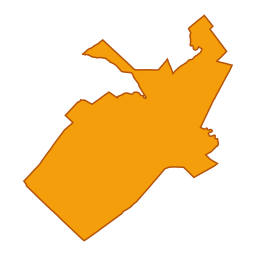 Bulbucata, Giurgiu, Romania
{"feature_id": "2599482B12854279400652", "entity_name": "Bulbucata", "entity_type": "district", "adm_level": 2, "iso_a3": "ROU", "parent_name": "Romania", "parent_adm1": "Giurgiu", "projection": "mercator", "projection_center": [25.811, 44.28], "detail": "fine", "context": "isolated", "style": "filled", "palette": "amber", "viewbox_px": 256, "rotation_deg": 0, "n_neighbors": 0, "source": "geoboundaries", "source_scale": "gbopen_adm2", "svg_char_len": 5580}
<svg xmlns="http://www.w3.org/2000/svg" viewBox="0 0 256 256"><path d="M65.3,115.4L72.9,122.6L64.2,130.3L61.9,133.5L53.8,144.3L50.7,148.9L45.7,155.6L43.8,158.3L42.9,159.6L42.4,160.1L40.8,162.7L40.0,163.8L38.5,165.6L36.9,167.3L35.4,168.8L33.4,170.9L31.2,173.4L30.3,174.4L28.2,176.5L24.3,180.7L24.0,180.9L23.9,181.1L24.3,181.7L25.2,182.9L26.4,184.6L26.4,184.8L26.4,185.8L26.5,185.9L28.0,187.4L30.9,190.2L33.9,193.1L36.5,195.7L40.1,199.2L41.9,200.9L46.5,205.3L50.4,209.0L53.2,211.5L56.0,214.1L57.6,215.6L61.1,219.2L82.4,239.3L82.7,239.6L84.0,240.5L84.3,240.6L85.2,240.0L86.9,238.9L92.2,235.1L98.7,230.5L101.7,228.2L114.1,219.2L119.3,215.4L119.5,215.2L121.1,214.2L123.9,211.0L124.4,210.7L125.6,210.1L126.9,209.4L127.4,209.1L128.0,208.7L129.3,207.8L130.1,207.5L130.6,207.0L133.1,204.4L133.9,203.7L135.9,202.2L136.4,201.8L137.3,200.8L140.9,196.6L150.9,185.2L154.4,181.0L155.9,179.4L164.8,168.8L168.8,167.3L173.3,166.9L178.9,167.1L179.0,167.1L183.4,167.3L183.6,167.4L183.8,167.4L183.9,167.5L184.0,167.6L193.9,177.4L200.0,174.0L213.8,166.3L217.5,163.5L213.3,161.2L209.8,159.0L205.7,154.8L210.0,152.3L210.2,152.2L210.4,152.3L211.2,151.6L216.8,146.1L217.2,146.1L217.6,145.7L218.2,144.8L218.4,144.0L217.5,138.7L216.9,138.9L215.8,138.7L215.1,138.3L214.8,137.9L214.8,137.4L215.1,136.7L215.3,136.0L215.1,135.6L214.9,135.3L214.5,135.2L214.1,135.2L213.3,135.5L211.2,136.2L210.5,136.3L210.0,136.3L209.7,135.8L209.0,134.8L208.5,134.0L208.4,133.2L208.9,132.5L209.5,132.4L210.5,132.4L211.4,132.0L212.1,131.4L212.3,130.8L212.0,130.3L211.4,129.8L210.7,129.5L209.9,129.5L209.0,130.0L208.3,130.1L207.8,129.8L207.5,129.3L207.3,128.5L206.9,128.2L206.7,128.1L206.4,128.2L206.0,128.5L205.4,129.0L204.7,129.1L203.9,128.9L202.6,128.5L200.5,127.4L200.7,127.1L213.8,99.5L213.9,99.4L214.3,99.1L216.4,95.0L218.7,90.8L224.0,80.8L227.2,74.9L229.2,71.4L232.0,65.5L232.1,65.2L230.8,64.9L226.1,63.6L221.9,62.6L219.2,61.9L216.8,61.3L216.8,61.1L217.2,60.8L218.2,59.8L220.7,57.4L222.1,56.0L222.7,55.4L224.5,53.6L225.3,52.8L225.4,52.7L226.3,51.7L226.6,51.4L209.9,29.1L212.9,26.3L212.8,26.1L210.4,23.1L206.3,17.9L204.7,16.0L204.3,15.4L203.2,16.4L202.8,16.8L202.2,17.2L201.5,17.7L200.1,18.8L199.6,19.2L198.3,20.2L188.6,28.3L188.7,28.8L188.9,29.4L189.0,29.7L189.2,30.0L189.7,30.8L190.2,31.5L190.4,32.0L190.6,32.4L190.7,32.9L190.6,33.3L190.3,34.3L190.1,34.9L190.0,35.5L189.9,36.1L189.9,36.3L190.0,36.6L190.1,37.0L190.3,37.5L190.4,38.1L190.4,38.5L190.5,38.7L190.5,39.0L190.5,39.5L190.5,40.0L190.6,41.6L190.6,42.3L190.6,42.8L190.5,43.4L190.3,43.9L190.2,44.5L190.2,44.9L190.2,45.1L190.3,45.4L190.7,45.8L191.1,46.0L191.3,46.0L191.8,45.5L192.0,45.3L192.7,45.9L193.0,46.3L193.2,47.0L193.3,47.7L193.3,48.2L193.4,48.7L193.5,48.9L193.6,49.1L193.9,49.4L194.8,49.9L195.0,50.0L195.4,50.1L195.7,50.0L196.3,49.7L197.2,49.2L197.6,48.9L197.8,48.4L198.2,47.4L198.5,46.9L201.9,48.8L201.9,49.1L201.9,49.4L201.7,49.7L201.3,50.7L201.1,51.1L201.0,51.4L201.0,51.8L200.9,51.9L200.6,52.4L199.9,53.0L199.3,53.3L198.5,54.0L197.6,54.7L196.9,55.5L196.3,55.7L195.7,56.0L195.2,56.2L194.4,57.0L193.7,58.0L193.1,58.6L192.8,58.9L191.9,59.4L191.1,59.7L190.5,59.6L190.2,59.7L189.3,59.9L188.7,60.2L188.5,60.4L187.8,61.0L186.6,62.4L186.0,62.9L185.0,63.4L184.0,64.2L183.1,64.7L182.6,65.0L181.9,65.4L181.3,65.7L180.4,66.4L179.0,67.5L177.2,69.1L176.2,70.0L174.7,71.4L174.7,71.5L172.9,73.5L172.7,72.7L171.5,69.3L170.6,67.0L170.0,65.8L169.5,64.8L169.3,64.2L168.8,63.2L168.4,62.5L168.3,61.9L168.1,61.1L167.9,60.6L167.7,60.1L167.5,59.1L167.4,59.0L166.7,60.0L166.5,60.4L164.6,62.6L158.3,70.0L150.9,69.9L148.5,69.8L147.5,69.8L144.0,69.8L141.3,69.9L138.5,69.9L134.6,69.7L132.0,67.2L129.3,64.6L128.1,63.5L127.4,62.8L125.1,60.7L123.9,59.6L122.7,58.5L121.2,57.1L113.0,49.6L109.1,45.9L105.3,42.3L102.8,39.9L101.0,41.3L98.5,43.3L98.4,43.5L94.0,46.0L90.8,48.4L89.9,48.4L89.3,48.7L88.4,49.3L87.7,49.7L87.4,50.1L87.1,50.3L86.6,50.8L83.9,53.1L82.9,54.0L82.7,54.1L82.8,54.3L83.6,54.4L85.5,54.8L85.8,54.6L86.7,54.4L86.9,54.4L89.1,55.3L89.4,55.4L91.2,56.4L92.1,56.9L92.4,57.0L92.7,57.1L92.9,57.1L93.3,57.0L93.8,57.0L94.2,57.1L97.1,57.8L97.9,57.8L99.0,57.6L99.5,57.5L99.8,57.5L100.1,57.5L100.4,57.5L101.3,57.7L102.0,57.8L103.2,58.0L104.3,58.2L105.2,58.1L105.4,58.2L105.6,58.3L105.8,58.5L106.0,58.7L106.3,58.9L106.3,59.0L107.5,59.9L108.1,60.2L109.0,60.8L109.8,62.0L110.5,62.2L111.2,62.5L114.5,64.2L115.5,65.0L116.6,65.8L117.1,66.4L119.0,68.6L120.7,70.5L121.2,71.0L121.9,71.5L122.7,71.8L124.8,72.0L125.7,72.2L127.1,72.3L128.4,72.4L129.5,72.6L131.0,72.7L131.4,72.9L131.8,73.0L132.1,73.4L132.7,74.6L133.0,75.2L133.2,75.6L133.6,76.7L133.9,77.5L134.2,78.0L136.2,80.7L137.5,82.4L138.2,83.2L138.6,84.4L139.0,85.6L139.3,86.6L139.5,86.9L140.5,88.6L142.6,92.0L144.0,94.1L145.2,95.9L146.0,97.1L146.0,97.8L145.8,98.2L145.1,98.3L144.9,98.2L144.3,98.0L144.0,97.8L143.7,97.4L143.6,97.0L143.6,96.8L143.6,96.5L143.6,96.2L143.5,95.9L143.2,95.6L142.5,95.6L141.5,95.7L141.0,95.4L140.5,95.0L139.9,94.1L139.4,93.5L138.8,92.9L137.4,92.3L136.9,92.2L136.2,92.2L134.8,92.2L134.1,92.3L133.7,92.7L133.0,93.5L132.5,94.1L131.8,94.2L131.2,94.1L130.5,94.0L129.6,93.7L128.8,93.4L128.0,93.2L127.0,93.0L125.9,93.0L124.3,93.4L123.6,93.7L123.2,94.0L122.9,94.2L122.5,94.6L122.1,94.7L121.6,95.0L121.2,95.1L120.9,95.3L119.8,95.7L118.9,96.1L117.8,96.5L118.0,96.9L117.8,97.2L117.2,97.8L109.0,92.1L106.2,94.0L102.6,96.6L97.0,100.7L94.8,102.3L93.9,102.9L92.5,103.9L92.2,104.2L91.8,104.0L91.5,103.9L91.0,103.7L89.9,103.1L88.5,102.3L87.4,101.7L86.5,101.1L85.6,100.6L85.1,100.4L84.7,100.3L84.1,100.1L83.5,100.1L82.6,100.2L81.5,100.1L80.7,99.8L80.0,101.3L77.7,102.2L65.3,115.4Z" fill="#f59e0b" stroke="#b45309" stroke-width="1.5"/></svg>